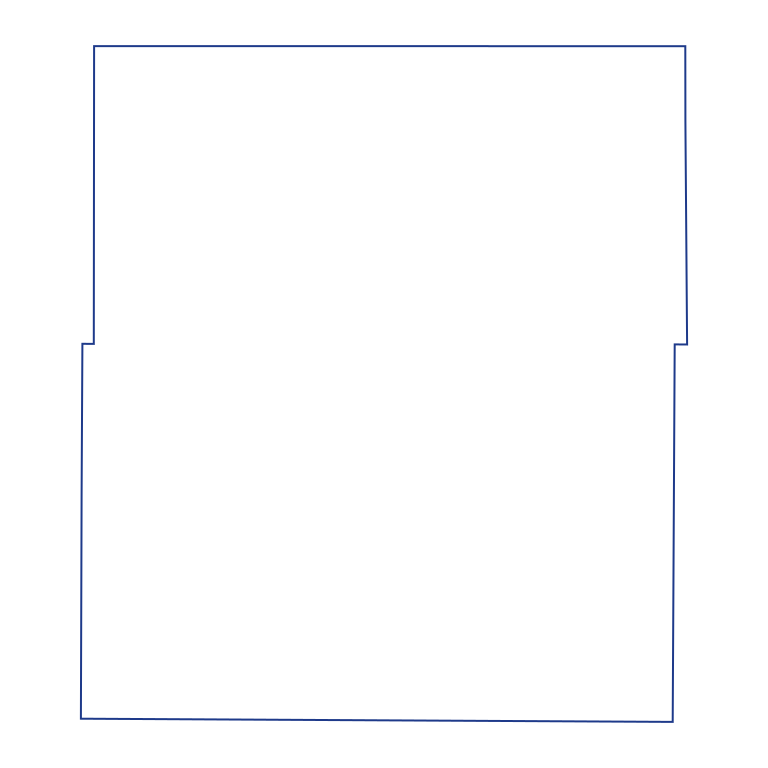 Coffey, Kansas, United States of America
{"feature_id": "52423323B11370315418509", "entity_name": "Coffey", "entity_type": "district", "adm_level": 2, "iso_a3": "USA", "parent_name": "United States of America", "parent_adm1": "Kansas", "projection": "albers", "projection_center": [-95.754, 38.236], "detail": "fine", "context": "isolated", "style": "outline", "palette": "blue", "viewbox_px": 768, "rotation_deg": 0, "n_neighbors": 0, "source": "geoboundaries", "source_scale": "gbopen_adm2", "svg_char_len": 251}
<svg xmlns="http://www.w3.org/2000/svg" viewBox="0 0 768 768"><path d="M81.6,495.4L80.9,718.7L672.7,721.9L674.7,344.4L687.1,344.5L685.4,120.8L685.3,46.2L94.1,46.1L93.8,343.9L82.4,343.8L81.6,495.4Z" fill="none" stroke="#1e3a8a" stroke-width="2"/></svg>